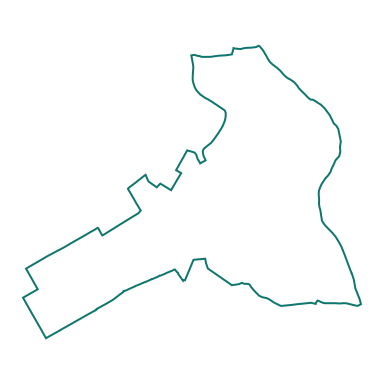 Facaeni, Ialomita, Romania
{"feature_id": "2599482B24358935740376", "entity_name": "Facaeni", "entity_type": "district", "adm_level": 2, "iso_a3": "ROU", "parent_name": "Romania", "parent_adm1": "Ialomita", "projection": "mercator", "projection_center": [27.92, 44.584], "detail": "fine", "context": "isolated", "style": "outline", "palette": "teal", "viewbox_px": 384, "rotation_deg": 0, "n_neighbors": 0, "source": "geoboundaries", "source_scale": "gbopen_adm2", "svg_char_len": 5841}
<svg xmlns="http://www.w3.org/2000/svg" viewBox="0 0 384 384"><path d="M361.0,304.2L360.8,303.6L359.8,299.8L359.3,298.3L357.3,293.3L355.4,288.5L353.7,279.1L351.8,273.5L351.7,273.6L347.7,263.1L344.8,255.2L341.4,246.7L339.2,242.6L337.0,239.0L335.4,236.4L334.2,235.2L332.7,233.2L325.8,226.1L324.3,224.4L322.7,221.9L321.9,220.4L320.3,209.8L319.4,207.0L319.3,205.5L319.0,204.4L319.1,200.2L319.1,199.4L318.7,194.1L318.9,190.8L320.2,187.2L321.5,184.3L323.7,180.9L325.5,178.2L328.1,175.5L330.5,171.9L331.3,169.5L332.0,167.9L333.6,164.7L334.5,162.7L335.1,161.0L335.9,159.8L339.2,156.3L340.1,152.4L340.3,150.0L339.9,147.7L340.8,141.4L338.3,129.0L336.3,125.7L333.8,123.5L329.9,115.4L324.7,108.4L321.0,104.8L313.9,100.2L312.5,99.6L311.7,99.7L310.7,99.6L308.6,98.2L305.0,94.4L301.3,90.8L298.7,88.1L298.0,87.0L297.7,86.4L297.0,85.4L296.4,84.7L294.4,82.4L292.6,81.1L290.4,79.6L288.3,78.5L286.3,77.1L284.2,75.3L282.7,73.6L280.5,70.9L279.6,70.1L278.3,69.0L276.8,67.6L275.8,67.0L273.8,65.4L272.5,64.4L271.0,63.0L269.7,61.7L268.8,60.4L268.0,59.1L266.2,55.7L264.9,53.7L264.4,52.6L263.4,51.0L262.6,49.8L259.9,46.6L259.2,46.0L258.7,45.8L258.4,45.9L256.8,46.7L256.0,47.1L254.5,47.3L253.7,47.4L251.8,47.6L250.6,47.7L247.2,47.8L244.6,48.1L242.5,48.5L242.0,48.7L241.6,48.9L240.4,49.0L239.6,49.0L237.7,48.8L236.6,48.7L235.1,48.5L233.5,48.1L233.3,49.3L232.6,51.9L232.6,52.1L232.3,52.8L232.2,53.0L232.1,53.8L231.9,54.4L229.8,54.7L228.0,55.0L226.0,55.3L223.5,55.4L222.7,55.5L221.9,55.6L221.7,55.5L221.3,55.5L221.1,55.5L217.1,55.9L213.6,56.4L210.8,56.8L209.8,56.8L207.1,56.9L203.8,56.9L201.8,56.9L201.0,56.6L199.9,56.2L197.9,55.9L197.7,55.9L196.7,55.6L195.6,55.2L194.9,55.1L194.1,54.9L193.9,54.9L191.3,55.4L191.5,56.2L191.8,57.7L191.9,58.6L192.3,60.6L192.4,61.4L192.9,63.9L193.3,66.7L193.2,69.2L193.0,71.7L192.9,73.5L192.7,76.2L192.7,77.9L192.7,80.3L193.4,83.1L194.3,86.0L195.1,88.0L195.4,88.4L195.9,89.4L196.6,90.5L197.3,91.3L198.3,92.4L199.7,93.9L200.6,94.8L202.0,95.7L202.7,96.2L205.4,98.1L207.2,98.9L207.6,99.1L208.0,99.4L209.3,100.1L210.5,100.9L211.6,101.5L213.8,103.0L215.1,103.9L216.4,104.7L218.1,105.9L218.6,106.2L219.1,106.6L220.8,107.7L221.8,108.4L222.2,108.7L223.2,109.4L223.9,109.8L224.4,110.2L224.6,110.5L224.8,110.7L225.1,111.1L225.4,112.0L225.6,112.5L225.7,112.8L225.7,113.9L225.7,115.0L225.6,116.9L225.5,117.5L225.1,119.6L224.8,120.6L224.5,121.6L223.5,124.1L223.1,124.9L222.6,126.2L222.0,127.2L221.1,128.8L219.4,131.5L219.1,131.9L218.9,132.3L218.2,133.4L214.9,138.0L213.2,140.3L212.8,140.9L212.0,141.8L211.0,143.0L210.5,143.3L209.6,144.1L209.1,144.5L208.7,144.8L208.3,145.1L207.9,145.4L206.9,146.2L205.3,147.5L204.7,148.0L204.4,148.3L204.2,148.5L203.7,149.1L203.0,150.3L203.0,150.5L202.9,150.9L202.8,151.3L202.9,152.8L203.0,153.6L203.2,154.3L203.4,155.4L203.9,156.8L204.1,157.2L204.8,158.6L205.0,159.0L205.2,159.3L205.4,159.8L205.6,160.4L205.3,160.6L204.1,161.2L202.2,162.2L200.2,163.4L199.9,162.7L198.2,159.8L197.9,159.6L197.1,157.6L196.4,155.1L195.2,153.3L194.6,152.6L193.8,152.3L187.2,150.4L176.1,170.2L181.2,173.1L177.0,180.1L171.8,189.0L171.1,190.2L160.3,183.6L156.7,187.3L153.6,185.1L151.2,183.4L151.0,183.2L149.6,182.3L148.6,181.5L148.4,181.3L148.0,180.6L145.6,174.8L144.1,175.9L137.8,180.8L137.0,181.5L134.6,183.4L131.6,185.6L130.6,186.4L129.3,187.4L128.0,188.6L127.9,188.8L129.3,191.2L130.7,193.4L131.8,195.3L135.1,201.1L136.1,203.0L136.9,204.3L137.8,205.7L140.3,210.0L140.7,210.5L139.4,212.1L138.7,212.9L138.4,213.2L137.8,213.6L134.0,215.9L130.9,217.8L116.8,226.5L109.8,230.9L103.7,234.7L102.5,235.4L102.3,235.4L102.2,235.4L98.1,228.0L97.8,227.9L97.6,227.9L94.3,229.9L89.3,232.7L86.5,234.4L75.1,240.9L67.0,245.6L64.9,246.9L62.6,248.1L61.2,248.9L58.3,250.3L53.4,253.0L50.9,254.3L46.8,256.5L40.2,260.4L32.4,264.9L29.5,266.6L27.3,267.9L26.0,268.7L26.6,269.7L31.3,277.9L37.7,289.3L23.0,297.7L26.2,303.3L28.3,307.1L34.4,317.8L40.2,327.9L46.0,338.2L50.5,335.6L57.9,331.5L63.6,328.2L89.9,313.3L96.0,310.0L95.9,309.7L97.1,309.0L97.0,308.8L105.4,304.2L113.0,299.8L113.4,299.4L113.8,299.1L114.2,298.8L115.9,297.6L116.3,297.2L116.8,296.8L117.8,296.1L119.7,294.6L120.5,294.0L121.3,293.4L123.0,292.3L123.2,292.1L123.2,291.8L123.2,291.4L123.3,291.2L124.3,290.7L124.6,290.8L124.8,290.9L126.1,290.4L127.4,289.8L128.6,289.2L130.4,288.4L132.4,287.5L135.1,286.3L135.6,285.9L136.5,285.5L137.3,285.4L137.8,285.1L140.2,284.1L142.7,283.0L143.4,282.8L144.1,282.3L144.5,282.2L145.0,282.2L147.7,281.0L151.1,279.5L151.3,279.3L151.6,279.0L151.9,279.0L152.3,279.0L152.6,278.9L153.3,278.7L154.1,278.3L155.8,277.6L157.2,277.0L158.4,276.5L158.9,276.2L159.2,275.8L159.4,275.7L159.7,275.6L160.0,275.7L160.3,275.7L164.9,273.8L166.4,273.0L168.9,272.0L172.6,270.5L174.1,269.8L174.3,269.5L174.9,269.5L175.7,270.5L176.3,271.3L177.0,272.2L177.4,272.4L177.8,272.6L178.0,272.8L178.2,273.2L178.2,273.6L178.2,273.8L178.3,274.1L183.1,280.8L183.6,280.0L185.0,280.3L193.5,259.8L205.2,258.7L205.6,260.7L205.8,262.0L206.0,263.1L207.8,268.5L231.9,285.2L232.0,285.1L235.3,284.7L239.1,284.1L240.4,283.5L240.8,283.3L241.2,283.1L241.7,283.0L241.9,282.9L242.1,282.9L242.2,283.0L242.4,283.0L243.1,283.4L243.6,283.6L243.8,283.7L244.1,283.8L245.3,283.8L248.0,283.9L248.3,284.0L248.7,284.1L249.1,284.3L249.3,284.5L249.5,284.6L251.3,287.2L253.1,289.4L254.0,290.5L256.1,292.7L257.2,293.7L257.6,294.1L258.5,295.1L258.9,295.5L259.2,295.7L259.4,295.8L261.0,296.6L262.1,297.1L262.8,297.3L263.7,297.5L265.0,297.8L265.8,297.9L266.1,297.9L267.5,298.5L268.1,298.7L269.3,299.4L270.4,300.1L273.0,301.9L273.6,302.3L274.0,302.5L276.1,303.6L277.8,304.4L279.2,305.2L280.5,305.7L281.0,305.8L281.5,305.9L281.8,305.9L290.8,305.0L298.1,304.1L310.2,302.9L311.7,302.9L315.7,303.9L315.8,303.4L315.9,303.0L316.2,302.4L317.3,300.9L317.7,300.5L322.3,302.6L324.5,303.2L335.1,303.2L339.7,303.5L343.2,303.2L345.5,303.2L347.3,303.5L350.1,304.2L356.2,305.7L357.9,305.8L361.0,304.2Z" fill="none" stroke="#0f766e" stroke-width="2"/></svg>